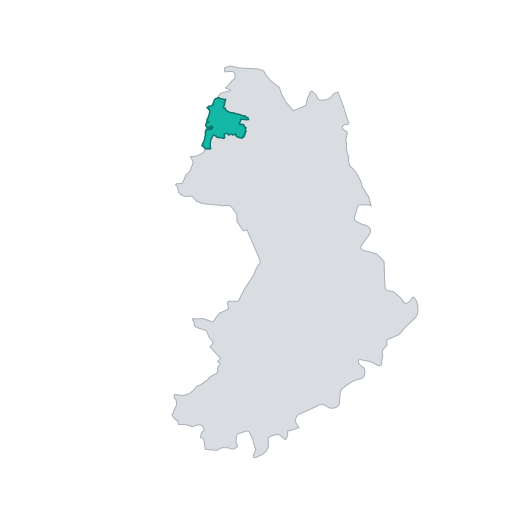 Boffa, Boffa, Guinea (highlighted), rotated 67°
{"feature_id": "49546643B38864499602181", "entity_name": "Boffa", "entity_type": "district", "adm_level": 2, "iso_a3": "GIN", "parent_name": "Guinea", "parent_adm1": "Boffa", "projection": "mercator", "projection_center": [-14.02, 10.351], "detail": "fine", "context": "in_parent", "style": "filled", "palette": "teal", "viewbox_px": 512, "rotation_deg": 67, "n_neighbors": 0, "source": "geoboundaries", "source_scale": "gbopen_adm2", "svg_char_len": 7944}
<svg xmlns="http://www.w3.org/2000/svg" viewBox="0 0 512 512"><g transform="rotate(67 256 256)"><path d="M310.5,331.0L306.7,330.5L304.9,331.2L299.8,337.3L296.7,339.7L291.9,338.9L290.2,339.4L288.9,338.7L290.7,335.3L293.1,328.8L299.4,322.1L299.6,320.7L297.0,316.8L294.3,311.6L294.3,305.9L293.8,301.8L288.2,300.6L287.2,300.0L287.0,298.6L290.2,291.5L290.4,290.1L290.0,288.8L286.6,285.2L281.2,278.5L272.0,264.7L268.6,261.8L265.3,257.6L264.1,254.9L260.7,253.9L228.6,254.1L228.0,257.7L216.9,260.1L210.1,257.4L202.5,259.0L198.9,260.8L196.0,268.8L194.4,270.6L192.8,274.2L191.3,276.1L189.6,280.1L186.0,285.8L182.3,289.4L175.8,291.4L173.8,297.3L172.3,299.5L169.9,301.3L167.2,302.4L162.0,301.2L159.0,302.3L158.5,300.8L160.2,296.1L158.9,293.7L153.8,288.8L153.3,286.4L151.8,283.4L145.1,277.1L138.9,277.5L140.7,272.2L140.6,265.2L138.5,261.4L139.0,257.5L137.9,257.7L135.8,260.4L132.5,259.5L125.7,255.4L122.3,251.3L121.9,247.9L121.1,246.5L119.1,247.3L114.8,247.2L101.9,241.1L92.7,225.6L92.5,222.2L93.8,216.2L93.5,214.5L89.3,218.5L88.5,215.8L85.3,209.6L84.4,206.1L81.3,204.5L78.8,204.2L76.9,205.4L74.3,212.6L72.4,212.6L70.5,211.1L70.9,205.6L75.9,198.9L84.2,181.8L87.2,177.8L89.0,176.5L93.0,176.3L100.6,174.0L110.0,168.7L117.3,169.1L125.8,168.4L136.9,164.8L137.0,153.3L136.6,150.7L132.7,148.4L130.4,146.4L128.4,143.8L126.0,142.0L126.1,140.1L131.0,137.7L135.5,137.7L137.0,136.7L138.1,135.1L139.4,130.9L139.8,126.5L136.9,120.7L137.0,116.5L153.3,117.1L162.3,118.2L169.6,118.6L170.7,119.5L169.7,123.6L170.7,126.0L173.2,126.6L177.2,123.8L179.4,124.4L184.0,127.9L188.2,128.9L192.8,130.8L197.2,131.8L201.1,131.7L204.0,133.7L209.4,134.3L216.4,131.8L222.0,130.7L229.7,130.4L233.8,131.2L245.6,129.2L254.8,130.4L253.4,131.7L249.2,141.0L249.6,142.6L259.1,150.4L261.3,151.0L263.9,149.9L267.9,146.3L271.1,142.4L274.2,140.5L277.8,140.6L280.7,143.4L287.4,154.9L289.1,156.4L290.7,156.4L293.6,154.2L295.1,151.7L301.3,144.1L310.9,140.2L333.8,149.0L337.2,149.7L339.1,149.0L342.0,143.8L350.6,139.4L354.7,138.2L357.1,138.0L358.0,136.6L358.4,134.5L358.0,132.3L355.3,128.4L355.2,127.3L356.7,126.5L360.0,125.9L364.3,126.3L369.1,128.0L372.9,130.5L375.2,133.4L379.5,145.6L384.3,155.2L384.1,168.0L386.2,169.3L388.6,169.8L389.6,170.9L392.0,176.1L394.2,177.7L396.8,178.0L401.8,181.4L404.9,182.7L405.4,183.8L405.3,185.2L404.0,186.9L399.3,190.5L396.9,193.5L392.0,200.7L391.9,202.1L392.9,203.1L394.9,203.2L397.1,202.7L401.6,200.1L405.1,201.0L408.5,203.0L409.7,205.1L410.0,207.9L409.3,211.4L409.1,215.4L410.3,222.2L412.0,228.9L413.8,231.4L425.1,237.3L426.2,239.5L426.7,242.0L425.9,245.5L424.8,247.4L418.6,252.6L417.6,255.1L418.1,259.8L418.6,279.5L421.0,282.8L423.9,284.5L430.7,283.6L430.5,289.1L429.6,295.2L433.5,297.1L435.5,298.9L436.6,300.7L430.4,303.9L428.6,305.8L427.7,311.0L427.9,315.7L436.3,319.0L439.6,323.0L441.0,327.1L441.5,334.8L440.8,336.6L438.6,336.6L434.3,331.9L427.8,331.4L423.0,330.5L414.9,331.1L413.5,332.5L412.6,342.8L414.5,344.5L418.4,346.5L420.9,347.3L423.0,347.1L424.6,348.3L425.0,351.7L423.9,354.2L421.7,356.5L419.1,362.4L419.6,367.9L415.1,376.5L413.8,378.2L407.8,376.5L403.8,375.9L401.0,378.1L397.0,374.8L396.3,372.1L394.9,371.6L392.2,371.5L389.8,373.0L388.7,375.8L388.2,381.3L383.8,386.6L380.7,393.2L377.1,392.6L376.3,393.4L372.5,395.0L369.2,395.5L368.3,393.8L366.4,392.4L364.3,389.6L361.9,387.3L357.2,385.7L355.4,386.4L353.2,386.3L351.8,385.4L352.0,384.0L354.4,380.6L355.8,377.5L356.5,374.0L356.5,370.8L355.2,366.1L353.2,362.5L352.6,360.4L352.9,357.3L352.4,354.5L351.7,353.1L350.7,347.7L349.5,346.7L348.8,342.5L349.0,338.1L347.2,336.5L344.4,335.2L342.7,333.5L341.7,331.6L340.7,331.1L339.8,331.2L339.0,332.4L338.1,332.6L336.4,328.5L335.8,328.4L334.6,329.3L321.5,333.8L319.9,330.0L317.4,329.3L313.0,330.8L310.5,331.0Z" fill="#d9dde1" stroke="#a8b0b8" stroke-width="1"/><path d="M127.4,209.6L125.6,209.4L124.8,210.3L124.6,210.3L124.2,211.1L123.3,211.3L122.9,211.2L122.4,212.0L121.8,213.3L121.4,214.4L121.1,214.4L120.8,214.3L120.5,214.5L120.2,215.1L119.8,215.4L118.3,217.2L117.0,219.4L116.4,219.7L115.7,220.4L114.2,223.3L113.7,223.6L113.0,224.7L112.5,225.1L112.2,225.0L111.1,226.1L110.0,226.8L109.1,226.9L108.9,226.8L108.6,226.6L108.1,226.5L107.8,226.6L107.1,227.7L106.5,227.8L106.0,227.7L105.6,227.5L105.0,226.5L104.0,225.6L103.3,225.3L102.5,225.1L102.3,225.2L102.0,224.1L101.3,223.9L100.8,223.9L100.7,223.3L100.1,222.8L99.9,223.4L98.8,224.7L98.4,226.0L97.2,227.1L96.8,227.8L96.0,228.2L96.1,228.4L96.1,228.5L95.8,228.5L95.6,228.8L95.5,229.8L95.6,231.3L95.4,231.6L95.6,232.4L96.1,233.0L96.5,233.8L98.0,234.9L98.5,235.5L99.0,236.0L99.3,236.3L99.5,236.4L100.1,236.4L100.1,237.1L100.5,238.4L99.7,240.7L99.7,240.9L100.0,241.2L100.1,241.4L100.0,241.6L100.1,241.9L100.1,242.2L100.3,242.5L100.3,243.0L100.5,243.1L100.8,243.1L101.4,242.5L101.8,242.2L102.1,242.2L102.4,242.3L102.6,242.3L103.2,241.7L103.7,241.7L104.3,241.9L104.9,242.1L105.5,242.4L105.8,242.6L107.4,243.7L107.7,243.9L108.3,244.6L108.6,245.0L109.1,245.5L109.9,246.0L110.2,245.9L110.6,246.5L110.7,246.9L110.8,247.2L111.4,247.9L112.4,248.4L112.9,248.5L113.1,248.4L113.3,248.3L113.6,247.8L113.6,247.7L113.8,247.7L114.1,247.2L114.4,247.9L114.1,248.4L113.9,248.8L113.9,249.1L114.0,249.5L114.6,250.2L115.2,250.6L115.4,250.8L116.0,251.2L116.3,251.3L116.5,251.4L117.0,251.3L117.7,251.1L118.3,251.0L118.8,250.7L119.1,250.7L119.5,250.4L119.4,250.2L119.0,249.9L119.1,249.7L119.4,249.8L119.5,249.6L119.3,249.2L119.2,248.9L119.0,248.4L119.0,247.8L119.1,247.2L119.0,246.5L119.2,246.0L119.4,246.6L119.6,246.6L119.7,246.1L119.9,246.3L120.3,246.4L120.6,246.3L121.0,245.9L121.1,246.2L121.2,246.6L121.3,246.7L121.3,246.9L121.1,247.0L120.9,247.2L120.8,247.4L120.9,247.6L121.6,247.8L121.9,247.8L121.8,248.2L121.8,248.5L121.6,248.7L121.5,249.2L120.7,250.4L120.6,250.5L120.5,250.8L120.4,251.0L120.1,251.3L120.0,252.1L120.0,252.3L121.6,253.8L121.8,254.0L121.9,253.9L122.0,253.8L122.0,253.7L122.1,253.8L122.6,254.0L122.9,254.4L123.9,255.0L124.4,255.2L124.8,255.2L125.0,255.1L125.4,255.2L125.7,255.7L125.8,256.1L128.0,257.4L129.5,258.6L130.1,259.1L130.5,259.7L131.3,260.7L132.1,261.6L132.4,261.6L132.8,261.9L133.1,262.0L133.4,262.1L133.6,262.1L134.0,261.7L134.7,261.4L135.1,261.4L135.8,261.2L136.8,260.8L137.3,260.5L137.6,260.1L138.2,258.9L138.3,258.7L138.5,257.7L138.9,257.2L138.9,256.9L139.0,256.9L139.3,256.9L139.6,256.0L139.2,255.8L138.9,255.9L138.5,255.6L137.4,255.2L137.1,255.2L136.5,255.1L135.9,254.8L133.3,253.5L132.7,253.0L131.3,252.1L130.2,250.9L129.9,250.4L129.0,249.4L128.4,248.5L128.1,248.2L128.1,247.4L128.4,247.1L129.9,246.0L130.3,246.1L131.7,245.3L132.7,243.6L133.0,242.4L133.4,242.0L134.9,240.3L135.1,239.5L135.0,239.1L134.6,238.7L134.5,238.4L133.7,238.4L132.6,237.9L131.7,237.9L131.4,237.8L131.4,237.3L131.3,237.0L131.9,234.6L132.8,234.2L133.1,234.3L133.6,234.1L134.1,233.6L134.0,233.0L133.8,232.7L133.8,231.6L134.1,231.0L134.4,230.7L135.4,230.4L135.9,227.8L135.8,227.4L135.7,227.2L135.6,226.9L136.1,226.8L136.6,227.4L137.1,227.5L137.8,227.4L138.9,226.9L139.5,226.0L139.9,225.9L140.1,225.3L140.4,225.2L140.7,224.9L140.9,224.7L141.0,224.5L141.1,224.2L141.2,223.9L141.3,223.8L141.4,223.6L141.9,223.1L141.9,222.2L141.5,221.9L141.2,221.6L141.6,220.9L141.1,220.6L140.9,219.6L140.1,219.7L139.9,219.3L139.7,219.3L139.5,218.9L139.3,218.8L139.3,218.7L139.2,218.6L139.3,218.2L138.6,217.9L138.1,218.1L137.7,216.6L137.4,216.4L136.2,216.5L135.9,216.7L135.3,216.4L134.4,215.3L133.7,215.1L133.3,215.8L132.7,215.8L132.4,216.3L132.1,216.4L131.1,216.3L130.4,215.9L130.1,216.1L129.7,216.6L129.5,217.1L129.4,218.7L129.2,218.9L128.5,218.6L128.3,218.7L128.2,218.9L128.5,219.5L128.1,219.9L127.5,219.7L125.6,217.4L124.9,216.9L124.5,216.9L124.4,216.1L124.6,215.9L124.8,214.7L126.3,212.6L126.9,211.5L127.1,210.5L127.4,209.6ZM121.5,248.2L121.3,248.0L121.0,247.8L120.6,247.6L120.4,247.3L120.2,247.3L119.7,248.0L119.8,248.2L120.2,248.7L120.5,248.7L121.5,248.2ZM134.9,261.7L135.0,261.5L134.3,261.7L134.1,261.9L134.0,262.1L134.9,261.7ZM137.3,261.0L137.5,260.8L137.4,260.7L136.9,261.0L137.3,261.0Z" fill="#14b8a6" stroke="#0f766e" stroke-width="1.5"/></g></svg>